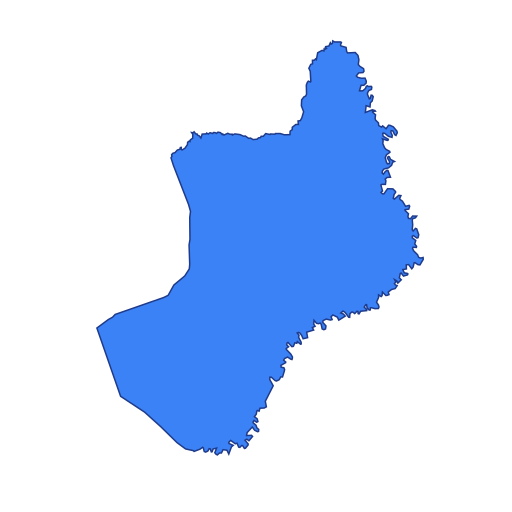 Srei Snam, Siemréab, Cambodia, rotated 161°
{"feature_id": "14789045B20836207890742", "entity_name": "Srei Snam", "entity_type": "district", "adm_level": 2, "iso_a3": "KHM", "parent_name": "Cambodia", "parent_adm1": "Siemréab", "projection": "natural_earth1", "projection_center": [103.506, 13.832], "detail": "fine", "context": "isolated", "style": "filled", "palette": "blue", "viewbox_px": 512, "rotation_deg": 161, "n_neighbors": 0, "source": "geoboundaries", "source_scale": "gbopen_adm2", "svg_char_len": 6007}
<svg xmlns="http://www.w3.org/2000/svg" viewBox="0 0 512 512"><g transform="rotate(161 256 256)"><path d="M113.4,434.4L114.6,432.1L116.0,431.9L116.3,433.4L118.7,430.8L122.0,431.3L122.6,430.7L121.8,429.3L123.2,429.0L124.1,429.7L125.0,427.8L126.6,428.9L131.5,428.1L135.0,422.0L135.6,423.0L137.0,422.1L138.9,422.7L140.0,419.3L141.9,419.3L144.9,416.3L144.6,412.9L147.3,403.3L147.8,402.8L149.6,404.3L151.0,403.4L152.8,401.2L155.5,392.6L156.9,391.1L159.0,390.8L162.0,388.8L164.2,383.3L164.0,376.9L167.7,371.7L170.0,369.6L172.3,370.0L173.1,366.6L175.5,367.4L179.8,365.9L180.6,363.7L183.1,362.9L184.4,359.7L189.8,361.4L193.2,363.9L197.8,365.5L198.4,365.0L202.7,366.7L203.2,366.3L207.0,368.6L210.1,366.8L212.2,367.5L213.2,366.5L215.1,366.9L216.9,366.1L220.8,367.0L222.8,369.3L224.6,369.6L227.1,373.0L228.6,373.2L231.6,376.0L236.2,378.3L238.9,378.1L238.7,378.8L241.3,379.8L242.7,381.2L246.9,380.8L247.7,382.2L248.4,381.8L249.4,384.2L251.7,385.5L253.4,384.8L254.5,386.0L256.1,386.6L257.0,385.9L259.3,387.5L261.5,386.9L262.6,388.3L263.3,387.7L267.2,388.8L269.7,385.5L270.5,388.0L272.0,389.4L271.9,390.4L273.3,391.2L274.1,393.6L275.3,393.0L276.7,393.7L276.1,391.6L277.6,387.9L280.1,387.3L281.2,385.7L281.7,386.4L283.6,385.8L284.6,383.6L288.2,381.0L291.4,380.3L291.9,381.5L291.3,383.0L292.2,383.2L293.3,381.7L295.9,381.8L298.9,380.1L301.2,380.2L302.8,379.3L303.1,377.5L304.4,376.5L304.6,368.5L303.0,326.7L303.4,319.5L306.1,314.0L313.0,293.3L315.7,288.2L321.4,269.7L323.3,265.5L329.9,260.3L343.1,255.3L351.9,247.4L356.9,246.8L408.2,246.6L411.6,244.8L416.3,244.0L429.9,239.7L429.7,167.4L412.2,144.7L401.5,125.4L391.4,105.2L385.4,96.5L378.5,92.3L378.2,91.4L371.7,91.6L368.7,92.5L368.3,91.9L368.6,88.0L367.5,87.0L365.1,87.2L363.0,89.1L362.1,88.6L362.0,85.3L361.2,85.2L359.4,87.5L355.8,87.2L359.0,83.4L358.3,81.5L357.3,80.5L354.7,81.6L352.8,81.0L350.2,83.6L346.7,81.8L346.2,77.6L341.4,83.5L339.2,84.4L342.6,87.5L342.4,88.7L340.0,89.9L336.7,85.2L334.9,85.2L334.6,80.9L333.6,80.3L331.2,81.5L330.4,81.1L329.6,77.8L328.5,77.7L325.0,79.9L324.6,80.8L326.4,85.4L324.3,85.8L322.8,83.6L318.0,86.5L318.6,87.9L323.4,89.3L321.9,91.9L315.2,95.5L314.0,91.7L311.8,89.4L310.7,89.3L309.9,91.2L311.1,93.2L311.1,96.0L313.0,99.2L312.7,100.2L311.4,101.1L309.5,98.6L308.1,98.8L307.9,101.7L309.8,104.6L307.3,106.3L305.6,109.3L305.0,109.5L303.6,108.3L301.8,110.8L297.8,109.6L295.3,110.0L294.5,115.6L282.0,127.7L283.2,134.7L282.4,136.9L281.0,136.5L278.5,132.0L277.3,131.1L274.3,131.5L272.0,133.6L270.3,133.0L266.6,138.1L265.9,139.4L266.0,141.3L268.4,142.6L268.0,144.5L262.7,145.5L262.4,146.1L263.8,148.4L262.5,149.7L259.1,150.2L256.6,147.0L255.7,146.4L255.1,147.1L254.4,148.7L255.0,151.8L257.7,157.7L257.6,158.7L254.7,159.6L255.9,161.9L255.0,163.6L253.9,163.9L251.6,158.6L250.1,158.4L247.5,161.3L245.8,160.2L244.8,161.6L242.6,158.1L241.9,158.1L241.4,159.9L242.2,165.3L241.1,167.1L242.1,169.8L240.8,169.9L239.7,169.1L238.7,166.1L238.4,162.4L233.8,162.0L232.9,167.5L225.6,167.2L226.0,170.0L223.0,170.3L223.6,172.8L222.1,176.3L220.6,172.6L218.8,171.6L217.2,171.7L216.6,170.2L217.2,165.5L215.8,164.2L214.0,164.4L212.6,167.1L214.5,171.7L213.5,173.1L210.1,173.5L206.5,171.2L204.7,171.1L204.8,174.1L202.5,175.2L199.0,171.7L198.6,168.4L191.2,170.1L192.2,172.6L194.4,174.5L191.7,175.6L190.2,173.8L188.3,167.9L187.4,167.5L186.0,170.8L183.9,171.8L182.8,171.5L181.4,169.4L178.5,170.9L177.7,170.4L178.2,168.3L177.5,167.7L175.0,169.7L169.1,168.3L168.7,169.0L170.3,172.5L167.9,174.3L167.3,174.0L167.8,171.0L166.6,168.0L165.5,167.8L164.7,169.7L163.8,169.6L160.7,167.5L157.4,166.5L156.3,167.7L156.2,169.9L157.1,173.1L153.6,176.9L152.8,179.3L150.9,176.9L149.7,177.5L148.2,180.8L146.1,176.4L144.7,176.1L142.8,176.2L142.7,178.9L138.6,180.2L135.0,179.9L132.2,182.0L133.6,183.2L134.1,184.9L132.3,185.8L132.6,188.5L130.9,186.5L130.7,184.2L126.4,186.2L127.6,188.7L125.3,192.5L124.3,192.6L123.1,189.0L118.9,188.8L118.2,189.6L118.6,190.3L121.3,191.8L121.6,195.4L118.0,194.8L116.8,198.7L114.5,198.2L112.9,193.2L111.0,194.4L108.7,198.1L107.9,198.0L105.7,195.1L103.9,194.2L99.0,198.3L98.5,200.2L100.9,200.4L102.7,201.8L102.8,204.5L105.3,209.7L105.5,212.2L104.7,213.2L101.6,211.9L101.0,212.9L102.0,215.7L99.9,218.7L102.3,222.3L101.7,223.9L100.6,224.1L98.0,220.6L96.8,220.6L95.2,223.1L95.2,229.3L96.2,230.2L99.3,228.5L99.7,230.1L97.7,234.4L96.5,239.3L95.7,240.2L92.8,240.2L91.1,241.4L94.9,242.8L97.7,241.0L99.6,241.9L99.5,243.9L98.1,246.3L100.2,250.4L100.0,251.3L96.3,250.6L94.5,253.0L94.7,254.0L98.4,254.3L99.7,260.2L101.3,262.4L101.4,263.7L99.3,265.9L101.3,266.9L106.6,264.7L107.4,265.8L105.4,269.2L103.3,270.7L103.1,271.6L104.7,274.9L109.7,276.8L114.8,273.1L116.2,273.6L117.1,275.5L115.2,276.3L114.8,282.4L113.8,282.8L110.3,281.6L108.7,284.8L108.8,286.7L106.4,287.6L103.2,286.7L103.4,293.9L104.1,294.4L106.2,293.8L108.9,291.9L109.7,293.5L108.7,295.4L106.6,296.6L102.0,296.2L98.3,297.6L96.2,300.2L94.3,300.3L97.4,303.6L97.6,306.3L98.2,306.9L99.3,306.6L99.8,305.6L99.0,302.0L99.8,299.9L101.7,300.3L102.1,302.1L101.8,306.9L99.6,309.3L95.6,310.4L95.5,311.4L98.3,314.4L99.2,316.6L99.5,321.0L98.3,323.5L98.3,325.6L94.4,322.6L93.6,322.4L92.9,323.3L96.8,327.8L96.4,330.4L95.8,330.9L94.3,330.0L91.9,326.1L88.8,323.9L87.9,325.7L88.2,329.3L87.4,330.5L85.9,329.8L85.4,325.6L84.4,324.4L82.3,326.5L82.1,328.2L84.1,333.4L86.7,335.9L88.1,336.5L91.6,334.0L93.9,337.8L95.3,337.0L97.5,339.3L96.9,342.0L98.7,345.6L98.6,347.3L97.0,350.6L99.0,354.2L98.7,354.9L96.0,354.1L96.2,354.8L98.4,356.4L105.9,356.1L102.9,362.3L99.7,359.8L97.9,363.7L95.7,364.7L93.3,368.5L93.8,370.1L94.8,370.6L96.7,367.7L97.7,367.7L98.0,372.5L97.4,374.0L95.3,375.8L92.6,375.9L91.5,378.0L91.8,378.9L94.4,379.6L95.4,380.7L96.5,380.5L97.9,378.8L101.3,377.4L104.4,378.5L101.1,383.2L98.5,382.3L95.6,383.6L94.8,385.4L95.0,388.7L98.4,389.7L101.8,391.9L102.5,393.6L99.3,395.7L95.1,394.6L93.7,395.6L93.3,398.1L96.1,401.6L96.9,403.8L94.8,408.1L94.3,412.4L95.9,416.1L103.3,418.2L103.7,419.8L102.9,423.9L107.3,427.0L107.5,427.9L105.7,430.1L106.2,430.8L112.0,432.8L113.4,434.4Z" fill="#3b82f6" stroke="#1e3a8a" stroke-width="1.5"/></g></svg>